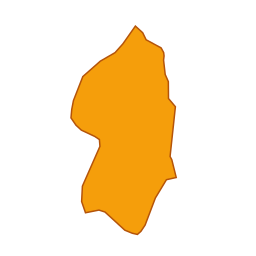 the border of Železniki, rotated 286°
{"feature_id": "SVN-1020", "entity_name": "Železniki", "entity_type": "Municipality", "adm_level": 1, "iso_a3": "SVN", "parent_name": "Slovenia", "parent_adm1": "", "projection": "robinson", "projection_center": [14.116, 46.221], "detail": "fine", "context": "isolated", "style": "filled", "palette": "amber", "viewbox_px": 256, "rotation_deg": 286, "n_neighbors": 0, "source": "natural_earth", "source_scale": "10m", "svg_char_len": 615}
<svg xmlns="http://www.w3.org/2000/svg" viewBox="0 0 256 256"><g transform="rotate(286 128 128)"><path d="M165.0,70.4L184.7,83.0L196.9,94.8L207.5,99.9L228.0,107.0L223.6,115.9L217.8,121.1L214.1,137.8L210.3,141.5L207.2,142.8L203.0,143.5L189.7,149.0L183.7,154.0L167.5,158.8L161.5,167.7L112.2,176.3L109.5,178.9L93.7,188.0L88.9,179.2L68.3,173.6L39.4,171.2L32.2,168.9L28.3,166.4L28.0,161.2L28.9,153.1L40.9,129.0L41.1,122.7L34.8,110.5L44.5,103.7L59.5,100.2L102.6,106.1L109.0,103.7L110.7,98.5L113.1,83.7L116.3,77.3L122.0,70.4L130.4,68.8L139.3,68.0L165.0,70.4Z" fill="#f59e0b" stroke="#b45309" stroke-width="1.5"/></g></svg>